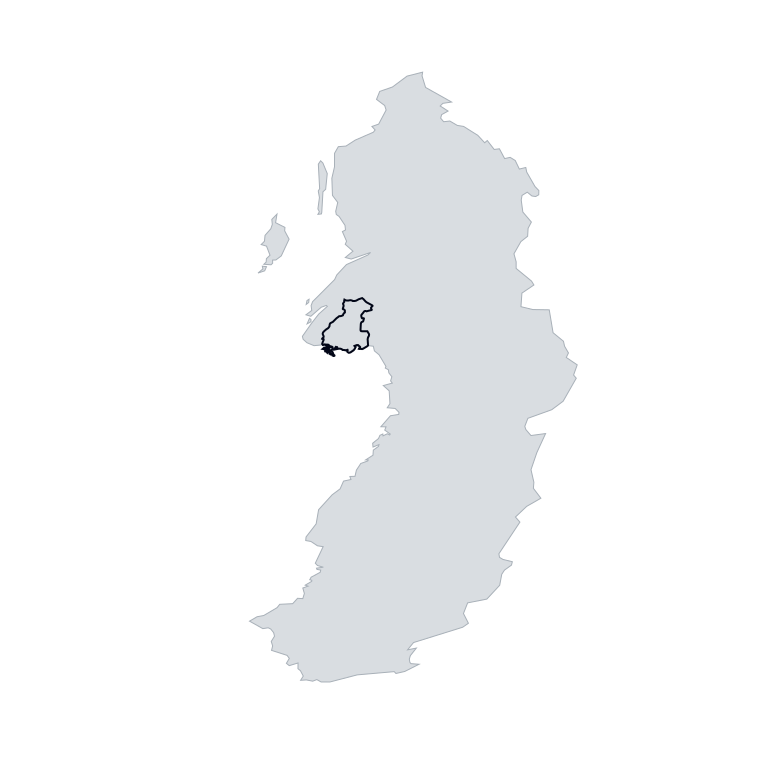 Sweden, with Uppsala highlighted, rotated 155°
{"feature_id": "SWE-195", "entity_name": "Uppsala", "entity_type": "County", "adm_level": 1, "iso_a3": "SWE", "parent_name": "Sweden", "parent_adm1": "", "projection": "equal_earth", "projection_center": [17.867, 60.017], "detail": "fine", "context": "in_parent", "style": "outline", "palette": "ink", "viewbox_px": 768, "rotation_deg": 155, "n_neighbors": 0, "source": "natural_earth", "source_scale": "10m", "svg_char_len": 6942}
<svg xmlns="http://www.w3.org/2000/svg" viewBox="0 0 768 768"><g transform="rotate(155 384 384)"><path d="M170.5,491.9L173.1,497.3L179.2,496.6L181.9,492.7L185.5,481.2L182.0,468.5L187.6,464.2L191.4,457.2L199.8,455.2L211.2,447.1L212.6,438.9L215.4,432.9L206.8,414.9L206.3,410.4L220.6,408.1L227.2,396.2L217.7,388.6L202.9,381.4L209.1,359.0L203.3,346.9L204.4,341.9L203.7,334.2L207.6,331.0L200.8,319.7L208.4,312.0L207.3,308.0L228.9,292.7L242.8,289.8L268.1,292.1L274.3,286.1L274.7,282.8L272.6,275.2L258.5,270.8L274.5,257.2L287.0,244.2L289.7,231.6L292.7,226.3L290.1,214.2L306.4,212.8L321.1,207.9L319.2,201.4L351.6,181.6L352.6,178.1L350.3,174.7L342.8,168.7L345.0,166.0L353.5,164.4L357.7,161.8L364.2,152.7L381.7,145.6L400.7,150.3L409.0,142.4L408.6,131.5L415.5,130.3L466.5,137.2L475.0,133.1L466.3,131.0L474.9,126.7L477.3,124.0L478.2,120.9L477.8,119.2L470.7,115.2L486.7,114.7L495.5,116.6L496.3,119.0L531.2,131.7L558.9,136.8L566.9,140.5L569.8,144.5L574.2,144.8L579.4,148.6L584.8,150.7L580.6,153.4L580.9,159.5L582.3,162.3L579.8,167.5L588.9,168.8L590.5,172.1L585.8,175.3L586.5,179.0L598.5,190.1L595.6,193.7L595.0,198.3L589.8,201.7L589.1,205.3L590.2,209.8L592.0,212.0L597.2,213.5L606.1,225.9L597.4,226.7L590.8,225.0L575.4,226.5L571.6,228.4L559.6,223.5L552.9,226.3L548.3,223.8L544.7,227.8L543.8,233.4L538.3,232.9L540.4,235.0L532.9,235.7L532.4,236.6L534.0,238.0L531.7,239.7L521.4,240.3L520.0,242.1L523.1,244.3L523.0,245.6L516.4,243.6L521.0,247.6L522.0,250.6L507.9,262.3L512.7,265.5L516.8,272.2L521.1,275.2L519.3,278.3L504.6,285.9L496.4,297.7L477.8,305.5L468.1,307.5L461.7,313.1L454.3,311.4L454.0,314.6L449.3,312.6L445.4,317.6L438.6,321.8L431.2,321.1L430.4,321.8L432.7,323.0L424.1,324.1L421.6,328.6L415.3,329.8L414.2,331.2L420.6,331.5L419.3,335.1L412.0,336.9L409.4,339.2L406.2,339.2L406.8,337.4L402.0,337.5L400.4,335.4L399.5,336.0L402.8,341.9L400.3,344.3L404.9,346.6L391.6,352.5L383.5,350.2L382.4,352.0L384.2,357.1L391.1,361.1L386.9,363.7L382.2,375.6L385.3,382.9L376.1,381.3L376.7,384.0L373.8,387.3L374.9,392.0L374.0,395.1L376.1,397.9L374.8,399.2L376.1,412.5L378.7,418.1L377.7,422.7L381.5,425.1L389.6,425.7L391.9,429.5L402.2,427.2L409.4,434.7L423.2,441.1L422.4,445.2L431.2,448.3L436.4,454.0L438.4,458.7L437.8,461.7L424.1,469.6L413.5,475.0L402.5,478.3L403.1,479.6L408.5,480.1L421.7,476.3L425.5,479.7L418.4,481.2L416.9,485.9L413.9,488.8L384.6,499.5L380.7,502.8L367.6,508.1L344.2,507.7L340.6,508.9L360.9,511.1L365.6,515.0L356.0,517.5L360.1,527.0L357.6,529.2L357.3,539.7L353.8,539.9L352.3,544.3L353.9,554.9L355.6,557.8L354.8,560.9L349.2,568.1L351.0,576.7L344.3,592.5L337.1,601.7L331.3,614.0L325.1,618.4L317.9,615.7L307.0,617.2L287.2,616.7L284.7,618.0L286.1,622.5L279.0,621.8L266.3,631.4L265.7,636.1L270.5,645.1L264.2,651.0L250.8,649.6L233.0,653.3L217.2,650.3L219.3,647.2L221.0,635.2L203.6,611.0L212.1,613.5L215.6,612.2L210.6,604.3L217.9,603.8L220.3,601.0L219.1,596.5L213.2,594.5L208.3,587.4L203.0,583.8L193.9,569.7L190.8,560.1L187.5,561.0L185.0,550.0L180.0,548.4L179.4,537.3L173.9,536.1L170.6,531.1L170.5,521.6L164.0,520.3L165.1,515.8L163.7,499.1L161.9,493.9L163.8,490.1L167.3,489.8L170.5,491.9ZM442.3,543.3L439.3,544.3L437.6,547.3L432.9,548.9L432.2,558.6L436.4,562.3L432.0,563.9L429.0,569.0L421.0,572.5L417.8,575.8L416.1,580.6L409.2,583.2L414.1,576.0L407.6,567.8L409.3,564.8L408.8,555.4L423.0,543.5L429.6,542.1L432.6,543.4L433.9,540.5L436.0,539.8L442.3,543.3ZM350.6,611.0L347.1,613.1L346.0,610.1L346.5,598.7L354.6,585.1L358.1,584.0L367.9,565.8L368.9,564.6L372.2,565.7L369.8,567.4L369.9,570.6L363.7,580.3L362.0,586.7L359.8,588.2L350.6,611.0ZM445.1,539.5L444.5,542.2L440.9,540.0L444.3,537.0L451.3,537.8L445.1,539.5ZM428.3,471.0L423.8,475.0L422.9,473.3L423.9,471.3L428.3,471.0ZM418.5,492.2L416.1,492.5L417.8,489.7L420.9,489.0L418.5,492.2Z" fill="#d9dde1" stroke="#a8b0b8" stroke-width="1"/><path d="M382.1,425.8L382.7,425.5L383.4,425.3L388.0,424.8L389.0,424.9L389.6,425.2L390.1,425.6L391.4,426.1L391.9,426.5L391.5,426.8L390.2,427.3L390.0,427.5L390.1,428.1L390.6,429.0L390.7,429.4L391.1,430.3L392.3,430.8L394.7,431.0L394.7,430.7L394.2,429.5L395.5,428.3L397.3,427.4L400.9,426.8L401.9,426.9L402.9,427.3L403.6,428.7L403.5,429.2L403.3,429.7L403.0,430.0L402.6,430.1L402.6,430.4L403.5,430.5L404.4,430.8L406.0,431.8L407.2,432.4L407.3,432.6L407.5,433.3L407.6,433.5L408.7,434.5L410.0,435.1L412.9,435.8L412.3,436.0L411.4,436.5L410.9,436.9L410.9,437.2L411.4,437.5L411.7,437.8L411.9,438.0L412.5,437.7L413.4,437.1L414.1,436.9L414.7,436.8L415.1,436.9L416.2,437.2L418.6,437.1L419.3,437.4L419.3,437.6L419.3,437.9L419.3,438.3L419.3,438.6L419.5,438.7L420.3,439.2L420.3,439.4L419.8,439.5L419.4,439.5L419.0,439.5L418.6,439.7L423.5,440.8L424.8,441.7L423.4,442.1L417.7,440.8L416.6,440.0L414.8,438.3L415.3,439.7L416.6,440.9L418.2,441.8L419.4,442.8L418.8,442.8L418.3,442.6L417.4,441.9L417.7,443.0L418.4,443.5L420.1,444.3L420.9,444.9L421.4,445.1L422.0,445.1L422.4,445.0L422.7,444.8L422.9,444.4L422.9,445.6L422.9,446.2L423.1,446.5L421.4,448.3L420.3,449.2L419.9,449.8L419.8,450.2L420.1,450.5L420.4,450.7L420.7,450.8L420.9,451.0L421.0,451.1L420.8,451.3L419.5,451.8L419.0,452.0L418.7,452.4L418.5,453.0L418.5,454.8L418.2,455.7L417.4,456.5L415.8,457.2L413.4,457.9L411.1,458.2L410.0,458.7L409.1,459.3L408.2,460.7L407.6,461.4L406.9,461.8L404.1,461.9L399.2,463.7L397.1,464.1L396.1,464.4L395.7,464.3L394.5,463.8L393.8,463.7L392.6,463.6L392.3,463.6L392.0,463.8L391.6,464.3L390.9,464.8L390.3,465.1L389.6,465.3L389.3,465.3L389.1,465.5L389.0,466.1L388.6,466.6L388.4,467.3L388.5,467.9L388.7,468.3L388.9,468.6L389.5,469.1L389.6,469.4L389.4,469.8L387.7,471.7L387.5,472.1L387.4,472.4L387.3,472.9L387.3,473.5L387.2,474.0L387.0,474.3L385.6,475.1L385.3,475.3L384.9,476.3L384.2,477.2L383.3,476.0L382.5,475.4L381.3,474.8L379.1,474.2L378.1,473.5L377.4,472.8L377.3,472.5L377.2,472.4L375.7,471.7L374.6,471.4L373.9,471.3L371.2,471.5L367.5,471.1L367.2,470.4L366.8,469.8L365.8,466.5L365.2,465.3L361.6,460.5L361.3,459.9L361.4,459.6L363.1,458.9L363.6,458.5L363.8,457.9L363.7,457.0L363.7,456.6L363.8,456.4L364.1,456.3L364.6,456.4L367.0,456.9L369.0,457.2L369.2,457.3L369.7,457.9L370.1,458.1L370.5,458.2L371.2,458.2L371.8,457.9L373.3,457.1L375.1,456.3L375.6,455.8L375.9,455.1L376.1,454.1L376.2,453.4L376.1,452.9L375.8,452.7L375.2,452.5L374.8,452.3L374.5,451.9L374.6,451.7L375.1,451.1L376.2,449.8L376.5,449.6L376.9,449.5L377.8,449.6L378.3,449.5L378.9,449.1L379.6,448.3L382.3,443.2L382.6,442.3L382.4,441.6L381.8,441.2L376.8,438.8L376.5,435.7L376.7,434.9L377.5,433.9L378.1,433.4L378.7,433.1L379.9,431.5L382.1,425.8ZM422.9,438.0L423.1,438.1L423.3,438.2L423.5,438.3L423.5,438.8L423.2,438.9L421.7,438.3L419.7,436.9L417.7,436.3L417.3,435.4L417.1,434.3L417.3,432.3L417.2,431.8L416.8,430.9L416.9,430.6L417.3,430.5L417.9,430.7L418.0,430.9L418.4,431.3L418.6,431.5L418.5,431.9L418.5,432.1L418.6,432.4L419.0,432.7L419.9,433.3L420.2,433.8L419.7,433.7L418.9,433.3L418.3,433.2L418.7,433.8L420.3,435.8L420.6,436.4L421.0,436.8L421.4,436.8L422.2,436.3L422.3,436.9L422.4,437.3L422.9,438.0Z" fill="none" stroke="#020617" stroke-width="2"/></g></svg>